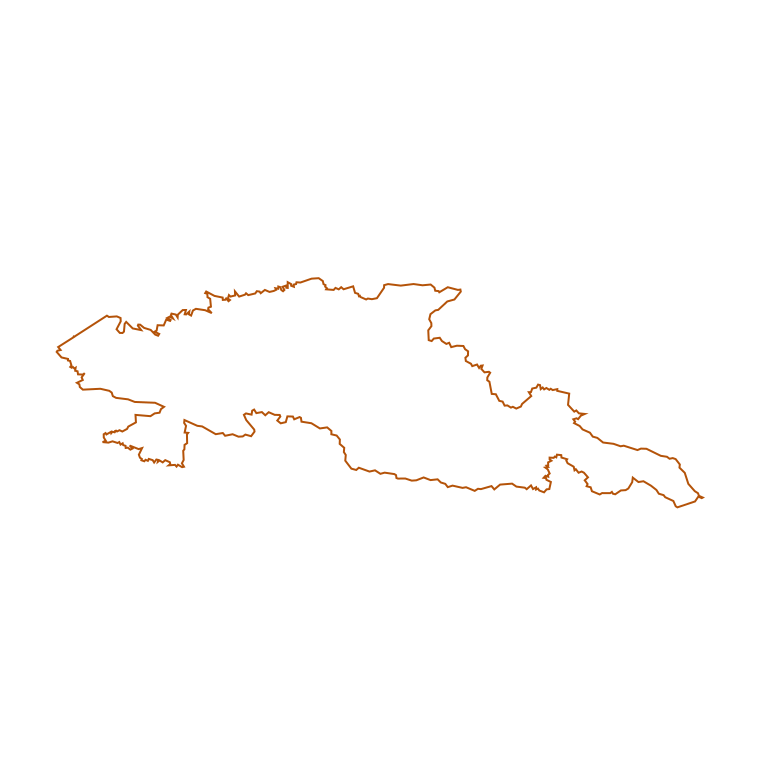 the district of Cúcuta, Norte de Santander, Colombia, rotated 276°
{"feature_id": "7082276B39779647098113", "entity_name": "Cúcuta", "entity_type": "district", "adm_level": 2, "iso_a3": "COL", "parent_name": "Colombia", "parent_adm1": "Norte de Santander", "projection": "natural_earth1", "projection_center": [-72.512, 8.076], "detail": "fine", "context": "isolated", "style": "outline", "palette": "amber", "viewbox_px": 768, "rotation_deg": 276, "n_neighbors": 0, "source": "geoboundaries", "source_scale": "gbopen_adm2", "svg_char_len": 6138}
<svg xmlns="http://www.w3.org/2000/svg" viewBox="0 0 768 768"><g transform="rotate(276 384 384)"><path d="M423.0,101.3L398.8,71.2L399.0,69.7L398.3,70.7L386.7,56.1L384.0,58.8L382.9,55.7L381.7,55.1L376.7,60.5L375.9,67.1L374.4,67.2L374.1,69.4L369.8,71.2L368.2,70.2L367.5,71.7L368.4,72.8L367.0,74.5L367.9,75.6L364.9,75.5L364.6,77.9L361.6,78.7L361.9,83.5L363.5,85.2L359.0,82.6L356.5,84.0L353.1,78.5L351.8,81.1L349.2,81.8L346.9,85.1L349.6,102.4L348.5,111.5L347.0,114.1L343.6,115.6L342.2,119.0L342.0,131.1L340.1,138.0L341.4,158.3L338.3,167.6L335.7,164.8L332.0,163.8L330.8,159.0L327.6,155.1L327.3,140.1L319.9,141.3L314.9,134.1L312.5,133.2L309.4,128.7L310.4,125.8L308.9,123.5L309.6,122.4L308.8,120.8L308.8,121.8L307.8,121.2L308.1,118.9L306.6,117.9L307.9,117.5L304.8,113.2L306.1,112.2L304.7,110.5L301.5,110.9L298.5,113.2L296.8,110.2L296.9,116.1L298.6,120.0L297.5,125.2L298.6,126.8L296.2,128.3L297.7,130.3L296.0,131.0L295.5,133.4L293.4,133.8L293.9,135.9L292.2,138.6L293.5,140.6L296.2,137.5L293.6,146.8L295.0,150.1L288.1,147.6L285.2,149.0L284.1,151.0L282.8,150.7L282.1,153.7L283.7,154.8L282.9,157.2L284.9,157.9L284.1,161.9L281.9,163.6L285.1,165.5L284.9,167.4L282.9,167.2L284.5,168.8L282.9,172.1L285.4,174.4L283.8,179.2L282.0,179.8L280.6,178.4L281.7,184.6L280.2,186.3L282.2,187.5L280.2,191.9L280.8,193.7L284.0,191.3L287.5,192.7L296.6,191.3L298.2,192.3L302.6,192.0L304.6,194.4L313.2,193.3L314.9,194.3L314.9,190.8L321.7,191.5L324.4,189.3L327.3,189.3L322.9,202.7L322.8,207.6L316.5,221.9L318.4,228.8L315.9,231.4L318.2,238.7L316.4,244.8L317.1,249.0L319.2,251.4L318.2,257.3L323.1,260.2L325.1,259.7L333.7,250.8L338.7,247.9L340.3,249.8L339.7,255.5L343.7,255.7L345.0,257.5L341.7,260.1L343.3,265.5L340.5,269.2L343.9,272.3L341.9,278.5L342.3,283.5L340.8,284.3L336.5,281.7L334.1,285.4L335.8,290.3L341.7,291.3L342.1,296.8L339.5,298.4L342.3,303.5L341.7,304.9L337.9,305.9L337.4,315.9L333.1,324.9L334.9,332.0L331.8,336.6L328.5,336.9L327.8,342.3L324.2,345.9L319.8,346.2L316.4,351.1L312.1,351.2L309.4,353.4L303.7,353.5L296.4,360.4L295.6,365.4L298.1,367.7L295.4,378.7L297.2,384.1L294.3,389.8L295.9,393.9L295.5,403.7L294.6,405.5L291.8,406.2L291.4,407.7L292.2,415.2L290.8,421.7L291.6,426.2L295.2,433.2L293.3,440.3L294.8,447.3L292.0,450.8L291.1,455.4L288.1,458.2L290.1,462.8L288.9,473.0L289.9,476.4L287.2,485.4L289.6,488.4L289.6,491.4L293.7,501.6L290.7,504.7L296.1,510.0L298.3,521.8L295.8,526.4L295.6,534.9L294.3,536.9L298.5,540.8L295.1,543.2L297.1,546.0L295.0,546.3L296.1,548.0L294.3,549.6L293.0,554.5L296.2,556.7L296.8,559.4L304.0,560.2L305.7,555.6L307.4,554.9L307.4,552.6L309.6,554.2L309.0,557.0L310.7,556.6L312.3,558.1L316.2,555.8L317.8,553.1L318.6,555.8L319.8,554.3L320.2,555.8L323.2,555.4L325.2,558.5L326.4,556.6L328.1,556.4L328.3,560.5L329.7,561.5L329.1,563.0L331.8,563.4L331.8,567.7L329.4,568.2L328.3,574.0L326.9,573.3L324.4,574.9L321.6,581.3L318.1,582.5L319.3,583.7L316.1,586.8L317.6,589.7L316.7,592.1L312.5,596.6L309.2,593.7L305.8,596.9L303.5,596.2L302.9,600.3L299.1,602.0L296.7,610.1L298.3,612.3L299.1,620.4L300.5,621.9L298.8,623.2L298.5,625.5L302.9,630.7L303.7,635.4L305.6,637.9L312.3,641.1L316.9,641.2L313.1,647.3L314.4,652.2L310.8,660.1L307.1,666.0L303.6,668.8L302.7,673.7L300.8,675.5L297.9,684.0L292.9,686.9L292.0,688.7L299.7,705.6L304.9,708.4L303.7,711.9L304.4,712.9L305.7,708.9L308.2,707.7L309.9,704.3L316.5,697.1L327.1,692.4L331.7,686.6L334.9,686.6L339.8,681.9L340.5,678.9L339.5,675.8L341.2,673.0L341.5,666.8L347.0,651.8L346.6,646.3L344.8,643.0L347.7,628.9L346.8,625.8L348.5,618.5L348.7,608.0L352.7,601.8L353.5,597.1L357.1,593.9L359.6,586.2L362.7,583.0L365.0,577.1L366.5,578.0L368.7,576.0L370.0,579.1L369.3,580.7L373.1,583.1L375.2,586.8L375.2,580.9L377.8,578.0L376.4,576.1L382.5,569.2L393.8,569.2L395.3,557.0L397.0,556.9L395.6,552.4L396.7,550.3L395.5,549.0L397.0,545.9L395.4,543.8L397.1,542.2L395.3,540.4L399.2,539.3L399.5,537.3L396.3,535.9L395.0,531.9L391.3,531.0L391.0,528.9L387.4,531.7L378.6,523.4L375.9,522.5L373.4,518.1L374.8,514.5L373.8,512.7L375.6,509.0L375.1,506.2L378.9,503.8L379.3,500.4L385.5,496.3L385.4,492.2L397.3,488.6L398.5,486.3L401.3,486.1L406.3,488.4L407.1,487.1L406.1,482.7L409.2,479.2L412.7,480.1L412.3,478.3L409.9,476.9L413.1,474.5L411.0,469.9L413.2,468.4L415.4,463.0L418.6,462.2L421.2,464.5L425.3,464.2L427.1,461.0L430.1,459.0L429.7,452.5L427.7,447.0L431.8,444.5L430.4,441.8L432.8,437.1L435.8,434.6L434.4,428.8L431.7,426.9L432.3,423.9L442.0,422.4L446.5,425.1L449.5,424.7L453.1,422.2L458.3,422.9L462.6,427.4L463.4,430.2L472.7,438.3L475.4,445.2L483.9,450.7L485.9,450.1L485.3,447.7L486.9,437.3L481.0,429.4L482.1,428.6L482.1,425.2L485.1,424.1L487.8,420.0L486.2,412.0L486.5,402.9L483.6,390.4L483.8,377.6L482.3,373.8L479.7,374.0L468.6,368.0L467.1,363.1L467.3,359.0L466.2,357.4L468.1,351.4L469.2,350.8L468.7,349.9L471.0,348.9L471.6,345.7L477.9,343.1L474.0,333.9L475.8,331.3L473.4,329.1L474.5,325.7L472.3,324.1L472.1,316.6L473.3,317.2L474.7,315.3L476.2,315.5L477.0,313.4L480.0,312.4L482.4,308.0L481.2,301.0L476.2,290.3L476.0,286.3L474.2,286.1L473.4,283.7L471.3,284.2L472.0,281.4L473.7,281.1L475.2,277.6L469.5,278.2L469.5,276.8L471.6,276.2L470.1,273.0L467.1,275.1L465.7,273.9L466.7,272.1L469.5,270.7L469.9,268.7L467.7,268.8L467.9,266.0L466.4,266.9L465.0,264.6L463.6,260.5L465.1,255.7L461.4,251.9L462.9,250.6L463.0,247.8L460.6,246.5L458.2,239.7L459.8,237.3L458.3,236.4L455.8,230.8L460.5,226.1L456.5,226.7L454.9,222.2L456.2,220.5L452.6,219.8L451.4,222.0L450.1,220.7L452.6,218.1L451.2,217.4L450.8,214.9L453.1,214.5L453.9,206.2L457.4,197.5L455.7,196.7L455.2,198.9L451.9,199.4L450.6,202.2L442.8,203.8L441.6,201.4L439.9,201.3L436.5,205.3L438.7,198.4L439.1,189.1L437.1,186.3L431.9,185.0L432.9,182.7L435.7,182.8L432.5,180.0L432.5,178.5L436.9,179.3L436.5,176.1L431.4,171.7L428.6,171.8L431.3,169.7L431.8,165.3L430.3,164.9L427.1,167.3L428.6,163.9L427.1,161.6L425.4,165.1L424.4,164.7L425.3,160.7L419.2,158.8L418.8,152.7L413.4,152.3L412.0,150.3L410.3,155.2L408.4,154.3L409.2,151.3L413.4,146.3L414.7,139.6L417.5,135.3L417.4,133.4L416.3,133.1L412.2,136.9L413.0,128.3L418.8,121.1L416.7,119.8L408.9,119.9L407.4,118.6L407.2,115.9L410.5,112.3L418.8,115.6L422.1,115.1L423.3,111.2L421.9,103.4L423.0,101.3Z" fill="none" stroke="#b45309" stroke-width="2"/></g></svg>